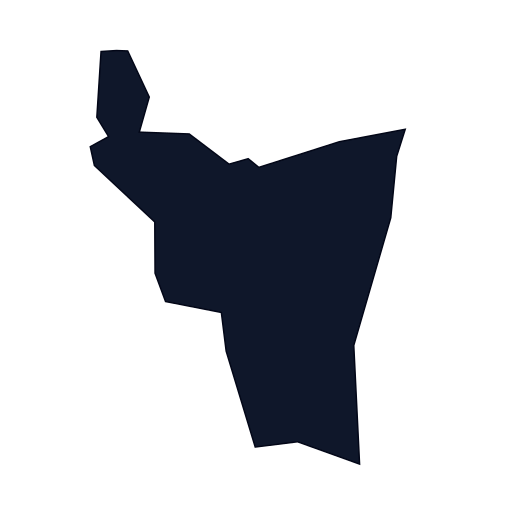 the district of Montour, Pennsylvania, United States of America, rotated 176°
{"feature_id": "52423323B26026796638538", "entity_name": "Montour", "entity_type": "district", "adm_level": 2, "iso_a3": "USA", "parent_name": "United States of America", "parent_adm1": "Pennsylvania", "projection": "mercator", "projection_center": [-76.627, 41.027], "detail": "fine", "context": "isolated", "style": "filled", "palette": "ink", "viewbox_px": 512, "rotation_deg": 176, "n_neighbors": 0, "source": "geoboundaries", "source_scale": "gbopen_adm2", "svg_char_len": 490}
<svg xmlns="http://www.w3.org/2000/svg" viewBox="0 0 512 512"><g transform="rotate(176 256 256)"><path d="M167.2,41.2L164.7,160.0L118.9,284.7L108.7,345.7L98.3,372.0L164.8,364.2L247.0,344.2L257.0,353.6L276.5,349.5L314.1,382.4L363.8,387.7L351.4,422.0L369.7,469.5L380.9,470.7L396.3,470.8L405.1,405.5L394.7,385.4L413.7,376.6L410.9,357.6L354.6,297.0L357.9,245.9L349.4,216.9L294.5,202.1L292.4,163.2L270.1,65.5L227.5,67.8L167.2,41.2Z" fill="#0f172a" stroke="#020617" stroke-width="1.5"/></g></svg>